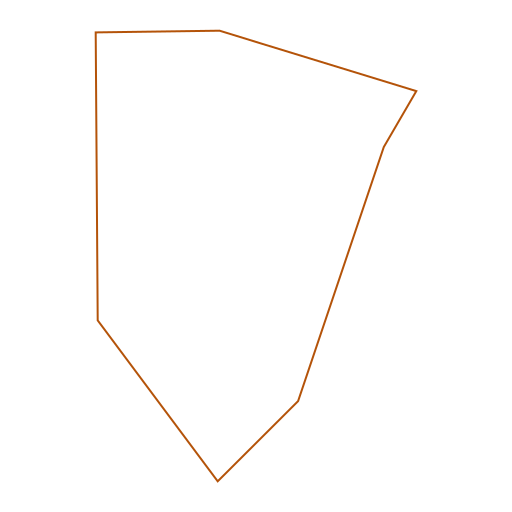 Blanco, Texas, United States of America (orthographic projection)
{"feature_id": "52423323B17591428926756", "entity_name": "Blanco", "entity_type": "district", "adm_level": 2, "iso_a3": "USA", "parent_name": "United States of America", "parent_adm1": "Texas", "projection": "orthographic", "projection_center": [-98.374, 30.22], "detail": "fine", "context": "isolated", "style": "outline", "palette": "amber", "viewbox_px": 512, "rotation_deg": 0, "n_neighbors": 0, "source": "geoboundaries", "source_scale": "gbopen_adm2", "svg_char_len": 229}
<svg xmlns="http://www.w3.org/2000/svg" viewBox="0 0 512 512"><path d="M217.7,481.3L298.1,401.1L383.8,147.0L416.3,91.1L261.1,43.5L219.6,30.7L95.7,32.4L97.7,320.4L217.7,481.3Z" fill="none" stroke="#b45309" stroke-width="2"/></svg>